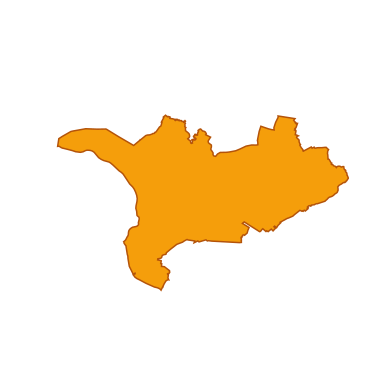 Ocotlán, Jalisco, Mexico (Mercator projection), rotated 19°
{"feature_id": "50627088B16557920765065", "entity_name": "Ocotlán", "entity_type": "district", "adm_level": 2, "iso_a3": "MEX", "parent_name": "Mexico", "parent_adm1": "Jalisco", "projection": "mercator", "projection_center": [-102.72, 20.387], "detail": "fine", "context": "isolated", "style": "filled", "palette": "amber", "viewbox_px": 384, "rotation_deg": 19, "n_neighbors": 0, "source": "geoboundaries", "source_scale": "gbopen_adm2", "svg_char_len": 6053}
<svg xmlns="http://www.w3.org/2000/svg" viewBox="0 0 384 384"><g transform="rotate(19 192 192)"><path d="M265.5,89.1L248.6,92.1L248.9,92.7L249.1,93.6L248.4,98.9L248.5,104.5L248.7,105.0L249.5,106.6L246.9,107.1L243.7,107.4L235.7,107.4L235.8,112.9L236.9,120.9L237.2,121.2L237.0,121.8L238.0,123.5L238.9,125.9L237.5,126.7L233.0,128.2L228.2,131.0L223.3,135.8L219.9,138.8L214.3,142.0L211.8,143.2L205.8,145.4L203.8,147.7L202.7,150.6L201.1,150.8L200.3,150.4L199.5,149.5L199.3,148.3L197.8,147.0L196.0,145.7L195.8,145.2L195.7,143.2L195.4,142.2L195.0,141.3L191.7,140.2L190.9,139.2L190.7,138.2L190.9,137.4L191.7,134.1L186.3,133.4L186.5,132.8L186.5,132.2L185.1,130.9L184.5,130.9L183.5,130.6L182.2,130.9L179.7,129.6L178.5,130.4L178.3,131.2L177.9,131.4L177.7,131.9L177.8,132.3L178.2,132.5L178.5,132.9L178.5,133.3L178.2,134.0L178.2,135.3L178.4,135.8L178.7,136.1L178.7,136.4L178.1,136.8L176.7,136.3L176.1,136.4L175.9,136.8L176.4,137.4L176.4,137.7L175.5,138.3L175.3,138.8L175.4,139.2L175.6,139.3L176.1,139.5L176.5,140.3L176.8,140.3L177.2,139.9L177.7,139.9L178.3,140.2L178.4,141.0L178.2,141.5L177.3,142.1L176.8,141.7L176.5,142.0L176.1,142.1L176.0,142.3L175.7,142.1L174.9,142.5L174.9,142.9L175.1,143.2L176.0,143.4L176.1,145.0L176.2,145.4L176.4,145.6L175.8,146.2L175.5,146.2L175.1,146.2L174.8,145.9L173.7,144.1L172.5,143.9L171.8,143.5L171.1,143.4L170.6,143.0L171.4,141.9L171.7,140.6L171.6,139.9L170.7,138.4L170.1,137.8L169.1,137.3L165.9,136.1L165.0,133.8L165.2,133.0L163.9,132.6L163.8,131.5L163.2,130.4L163.4,129.3L162.9,129.1L162.5,128.4L162.8,127.2L162.1,126.8L161.3,128.7L160.6,128.1L160.2,128.2L159.7,128.6L159.4,128.6L158.8,128.2L158.7,128.0L157.7,128.4L157.2,128.2L156.9,128.2L156.8,128.7L156.5,128.7L156.1,128.2L155.6,128.8L155.1,128.6L154.7,128.1L154.4,128.2L154.3,128.5L153.5,128.4L153.7,129.1L153.3,129.4L153.1,129.8L152.9,129.8L153.1,129.2L151.8,128.9L151.6,129.1L150.2,129.0L147.7,129.5L147.1,129.6L147.0,129.0L146.7,128.7L146.9,128.5L146.6,128.1L146.4,128.1L146.0,128.5L144.7,128.3L144.2,128.9L142.0,128.0L140.5,130.5L141.1,130.8L140.3,135.9L140.9,135.9L141.1,139.1L141.0,139.9L140.1,141.1L138.6,146.3L138.1,147.4L137.5,147.7L137.4,148.5L137.2,148.9L136.0,149.4L135.5,150.1L133.5,151.7L131.2,152.7L129.9,153.7L126.1,159.8L125.9,159.7L125.8,160.2L121.7,167.0L104.1,163.5L90.7,160.5L90.1,160.5L82.1,163.4L70.9,166.8L59.6,173.1L57.8,174.2L51.3,181.6L48.7,184.9L50.1,192.6L50.9,192.2L51.8,192.1L53.9,192.6L55.1,192.7L56.8,192.5L61.3,192.1L65.6,191.8L68.9,191.8L73.6,190.8L76.0,189.4L77.4,187.9L78.5,187.0L79.8,186.4L82.2,185.8L84.0,185.7L86.0,186.1L86.9,186.5L92.5,189.9L95.4,190.7L98.3,191.0L103.7,190.7L105.3,191.0L108.2,192.1L116.1,195.7L118.9,196.5L121.1,197.5L129.6,204.0L130.3,204.6L134.2,206.5L136.4,208.1L138.8,210.6L140.9,213.3L141.8,215.1L142.2,215.6L143.0,218.6L143.6,223.3L144.2,225.7L145.9,228.2L147.6,232.0L148.2,232.4L149.8,233.0L150.4,233.6L150.9,234.8L151.3,238.7L151.9,239.6L152.0,240.5L151.4,241.9L150.4,242.8L147.2,244.7L145.8,246.5L145.3,247.5L144.9,248.9L145.0,250.5L145.7,253.3L145.6,254.7L145.3,255.6L144.9,258.7L144.5,259.7L143.6,261.2L143.8,261.3L144.5,262.6L146.4,264.0L147.0,264.3L151.1,272.0L152.2,273.5L153.2,275.9L156.9,282.7L163.3,289.0L164.5,287.3L164.9,287.8L163.3,289.4L163.4,289.5L163.5,289.5L165.8,291.1L168.1,291.8L171.4,292.2L178.2,293.3L187.4,294.1L190.4,293.8L192.1,293.9L193.8,294.3L194.7,294.9L195.2,291.1L195.4,291.2L195.4,289.7L195.6,287.8L196.3,284.6L197.8,282.7L198.6,282.6L197.2,281.1L196.7,278.3L195.7,277.7L195.5,277.3L196.0,276.8L196.6,276.9L197.1,275.3L196.7,274.4L196.3,274.1L196.3,273.7L190.2,271.6L187.4,272.3L186.7,269.7L186.0,269.9L185.6,269.6L185.6,268.2L185.2,267.0L181.6,267.4L181.4,266.3L183.7,265.0L184.5,264.2L184.6,263.6L184.5,262.1L184.6,261.6L185.7,260.5L187.3,259.6L187.6,259.3L187.7,259.0L187.5,258.0L187.7,257.5L190.2,253.3L194.7,246.4L199.4,242.5L200.8,240.6L202.8,238.5L203.5,238.7L210.5,237.4L210.5,239.3L213.4,236.4L214.9,236.9L220.8,232.7L222.4,233.3L223.3,232.7L226.7,232.0L248.1,225.9L253.4,224.4L255.1,223.6L254.5,221.9L254.3,221.8L254.4,221.3L253.4,219.6L253.9,219.0L253.3,218.7L254.1,217.2L253.9,217.1L254.3,215.9L255.2,215.6L255.8,215.8L257.5,212.9L257.3,209.5L257.4,209.2L257.5,207.0L249.9,205.3L250.6,203.9L251.2,203.3L268.8,207.5L269.2,207.3L269.8,206.4L270.2,205.0L270.9,203.7L274.8,205.3L275.2,204.4L276.9,204.7L279.0,201.3L281.3,202.4L282.8,199.0L280.8,198.2L281.2,197.4L283.6,198.2L284.2,195.6L285.9,192.2L285.2,191.9L290.6,186.0L291.8,185.1L295.2,182.0L296.4,179.8L300.0,174.2L302.0,174.4L302.2,174.1L302.6,174.2L302.9,173.8L303.4,174.0L304.0,172.7L305.3,173.1L305.6,172.6L307.1,170.1L306.3,169.8L306.9,168.9L306.1,168.5L307.0,166.9L307.6,166.6L308.3,166.5L308.5,166.8L309.4,166.1L309.2,165.5L312.0,164.1L312.3,163.5L313.5,162.5L314.2,162.4L320.8,157.4L320.9,157.0L322.1,155.0L322.9,153.1L323.7,152.0L324.5,151.6L325.8,150.5L326.9,149.1L327.7,147.4L328.4,146.6L329.3,145.3L329.5,144.5L329.4,143.6L329.6,143.2L329.2,141.8L328.2,139.7L328.2,139.3L328.6,138.7L328.8,137.9L329.9,136.6L330.6,135.9L332.1,133.8L333.4,133.3L333.6,133.0L333.5,132.7L334.0,132.4L334.1,132.2L334.3,131.1L334.6,131.0L335.2,128.6L335.3,128.2L335.1,127.7L333.3,125.6L333.1,125.6L332.4,124.1L331.9,123.4L330.8,122.9L330.5,122.6L330.3,121.5L329.8,121.2L329.1,121.3L328.2,120.5L327.2,118.6L326.4,118.8L325.1,119.8L323.7,119.5L322.5,119.7L321.3,120.4L320.9,120.8L320.5,121.9L319.4,121.1L317.2,121.1L316.7,120.6L316.0,120.3L315.0,120.3L314.9,120.5L314.7,120.4L314.7,119.2L314.1,119.2L311.2,116.7L310.5,116.4L309.9,116.6L308.3,112.7L307.6,111.6L307.0,109.2L307.3,107.4L305.8,106.9L304.9,106.3L304.4,106.1L304.0,106.4L303.6,106.3L300.6,107.7L296.2,109.3L294.0,110.6L292.9,109.8L291.3,111.5L290.1,110.6L283.9,117.2L283.7,117.1L283.5,116.5L283.1,116.3L283.1,115.9L280.8,114.5L278.7,112.6L279.1,111.8L278.4,111.4L277.1,109.9L276.7,109.1L276.3,108.0L273.2,106.5L273.1,105.3L274.2,104.3L272.4,104.1L271.0,104.2L270.4,100.3L268.8,100.0L269.3,98.8L268.7,98.6L269.4,96.9L269.4,92.8L268.7,93.0L268.3,93.6L267.2,93.0L267.4,92.5L266.1,92.0L264.8,91.1L265.5,89.1Z" fill="#f59e0b" stroke="#b45309" stroke-width="1.5"/></g></svg>